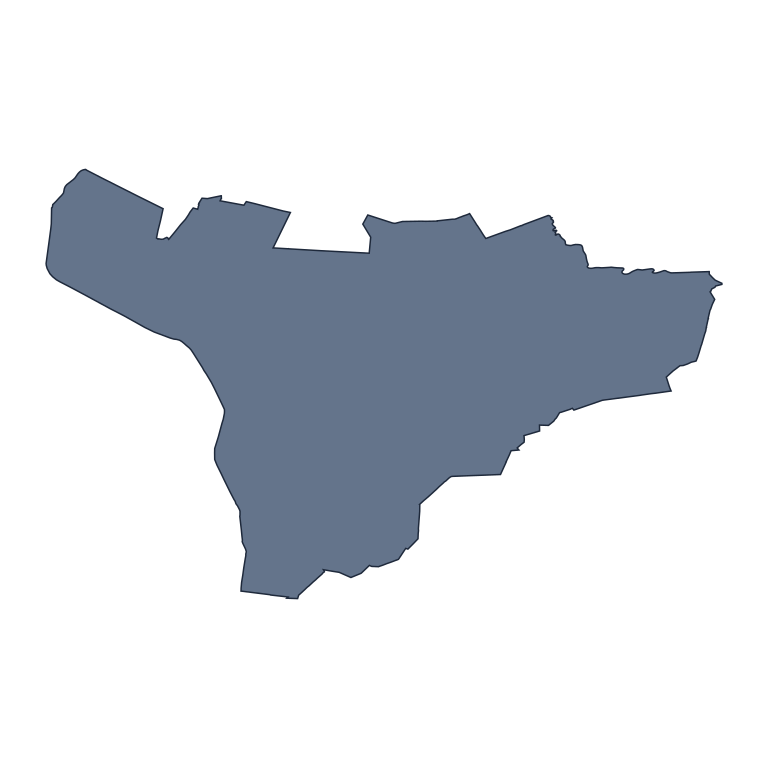 Gaigalavas pag., Rezeknes, Latvia (Robinson projection)
{"feature_id": "27541924B98236726322583", "entity_name": "Gaigalavas pag.", "entity_type": "district", "adm_level": 2, "iso_a3": "LVA", "parent_name": "Latvia", "parent_adm1": "Rezeknes", "projection": "robinson", "projection_center": [27.105, 56.746], "detail": "fine", "context": "isolated", "style": "filled", "palette": "slate", "viewbox_px": 768, "rotation_deg": 0, "n_neighbors": 0, "source": "geoboundaries", "source_scale": "gbopen_adm2", "svg_char_len": 5952}
<svg xmlns="http://www.w3.org/2000/svg" viewBox="0 0 768 768"><path d="M241.6,582.4L241.1,588.2L241.1,589.3L241.0,591.1L270.0,594.7L270.5,595.0L288.0,597.0L286.8,598.2L297.6,598.6L298.7,595.1L299.8,594.2L304.9,589.5L306.6,587.8L308.1,586.5L308.5,586.3L309.7,585.2L313.1,582.0L315.8,579.7L316.9,578.6L318.0,577.6L322.1,574.0L322.7,573.1L324.4,571.8L324.4,571.5L324.2,571.1L324.2,570.9L323.7,570.2L323.4,569.7L332.6,571.3L339.1,572.3L350.9,577.5L361.1,573.3L362.3,572.2L369.4,565.4L371.6,566.4L378.5,566.7L379.5,566.3L383.0,565.1L386.8,563.6L390.6,562.3L398.5,559.3L405.7,548.4L407.9,549.1L413.1,543.9L418.0,538.8L418.2,533.5L418.5,530.8L418.4,528.5L419.7,511.4L419.8,504.5L419.6,504.4L424.4,500.0L425.3,499.3L429.9,495.3L437.0,488.8L439.0,486.8L443.6,482.7L444.3,481.9L445.8,481.0L448.9,478.1L450.5,476.9L451.2,476.6L451.9,476.4L454.1,476.3L469.1,475.7L485.6,475.1L500.5,474.5L506.2,462.0L506.0,461.9L506.2,461.6L509.2,455.2L511.1,450.7L518.9,450.0L517.3,448.1L517.2,447.9L517.4,447.7L521.0,444.6L524.1,442.2L524.3,439.5L524.0,435.6L539.6,431.0L539.5,425.1L548.5,425.4L553.8,421.1L554.9,419.4L556.4,417.9L559.6,412.6L561.3,412.2L570.1,409.3L572.3,408.3L573.9,410.1L602.3,400.3L604.2,400.0L639.5,395.4L641.9,395.0L651.0,393.7L655.5,393.2L671.1,391.0L670.0,388.4L669.0,385.6L666.3,377.1L672.9,371.1L680.1,365.6L680.6,365.7L683.2,365.5L687.5,364.0L689.0,363.3L691.3,362.2L693.4,361.7L694.8,361.4L696.2,360.9L696.5,359.9L697.6,357.2L698.5,354.4L698.9,353.2L700.9,346.5L701.0,346.0L701.6,344.6L704.7,333.9L705.7,331.1L706.3,327.4L706.5,327.3L706.4,326.9L708.1,319.1L708.4,318.8L708.1,318.5L710.0,310.3L710.4,309.6L710.7,309.0L712.3,304.4L714.7,299.4L710.1,291.9L710.7,291.6L710.9,290.6L711.2,290.3L711.8,288.9L714.9,287.3L715.7,286.0L721.9,284.4L721.9,283.3L716.1,280.6L715.0,280.0L712.3,277.4L709.3,274.2L709.2,271.6L690.9,272.2L690.3,272.3L671.7,272.9L670.9,272.8L670.3,272.7L667.2,271.6L666.0,270.9L665.3,270.7L664.2,270.6L663.7,270.7L660.0,272.0L657.5,272.7L656.1,273.0L654.8,273.1L654.0,273.0L652.9,272.7L652.4,272.4L652.4,272.1L652.6,271.8L653.8,270.9L654.1,270.3L654.0,270.0L653.5,269.4L652.9,269.0L652.0,268.8L651.5,268.8L650.2,268.9L642.2,270.0L638.1,269.5L637.4,269.5L635.5,270.2L633.0,271.2L631.7,271.9L629.9,273.0L629.1,273.5L627.1,274.1L625.2,274.2L624.3,274.1L623.3,273.7L622.7,273.4L622.2,272.9L622.0,272.5L622.0,271.9L622.1,271.4L622.3,271.0L623.5,269.9L623.7,269.6L623.7,269.1L623.7,268.6L623.4,268.3L622.6,268.0L617.2,267.8L613.8,267.5L611.3,267.2L609.1,267.4L602.4,267.8L601.2,267.8L598.7,267.6L596.6,267.6L595.2,267.7L592.5,268.2L591.8,268.3L590.1,268.3L588.6,268.0L587.7,267.5L587.4,267.1L587.3,266.7L587.4,266.3L588.1,265.1L588.2,264.9L588.1,264.7L588.0,263.9L587.4,262.5L587.0,261.2L586.5,259.1L585.8,255.2L585.5,254.6L585.1,253.9L583.2,250.9L582.9,249.3L582.5,247.2L582.0,246.1L581.7,245.6L581.3,245.3L580.7,245.0L579.4,244.7L578.6,244.6L575.6,244.5L573.3,244.9L571.2,245.5L569.9,245.5L567.7,245.2L565.8,244.7L565.3,243.1L565.3,242.0L565.1,241.4L564.8,240.7L564.3,240.1L561.6,237.8L560.7,236.6L560.3,236.4L560.2,235.6L559.7,234.8L559.1,234.4L558.6,234.1L557.7,234.1L557.0,234.4L556.1,235.0L555.6,235.1L555.4,235.0L555.4,234.8L555.4,234.2L555.7,233.6L555.7,233.3L555.7,232.9L555.1,232.4L555.1,232.1L556.7,230.8L556.4,230.4L556.1,230.2L555.3,230.4L554.7,230.4L554.1,230.7L553.7,230.8L553.2,230.7L553.0,230.2L553.2,229.4L554.1,228.7L554.8,228.4L555.4,228.0L555.4,227.5L553.9,226.1L552.8,225.1L552.4,224.3L552.4,223.8L552.3,223.7L552.5,223.3L553.0,222.8L553.5,222.2L553.5,221.8L553.2,221.5L553.0,220.9L553.2,220.6L552.7,220.0L551.3,219.3L551.0,219.0L551.1,218.7L551.4,218.3L552.0,217.8L551.7,217.6L550.8,217.6L550.6,217.4L550.3,216.3L549.0,215.6L548.1,215.5L523.7,224.6L522.0,225.4L521.8,225.7L521.2,225.6L520.8,225.7L510.4,229.8L505.3,231.4L485.8,238.5L483.3,234.9L481.1,231.4L480.9,231.0L477.2,225.4L476.9,225.2L475.4,222.7L469.6,213.6L467.1,214.7L463.2,216.0L461.0,216.9L459.5,217.4L456.4,218.7L455.4,219.0L454.8,219.2L452.5,219.2L439.6,220.6L437.2,220.8L437.2,221.1L425.7,221.3L421.2,221.2L402.5,221.5L395.3,223.3L394.2,223.3L392.5,223.0L367.8,215.0L362.8,224.1L367.5,231.9L370.7,237.2L369.2,253.2L320.8,250.7L289.9,248.9L288.8,248.8L288.5,248.7L288.4,248.8L273.1,247.9L290.4,212.5L283.2,211.0L254.6,203.6L246.3,201.6L243.9,205.2L220.1,200.8L221.1,198.6L221.4,198.6L221.3,195.8L221.0,195.8L209.8,198.1L207.5,198.6L202.0,198.2L199.1,202.8L199.3,202.8L198.5,204.5L198.9,205.0L198.4,206.2L198.2,206.9L198.2,207.5L198.1,208.0L197.9,208.3L197.4,208.8L197.5,209.2L193.2,208.0L190.1,212.0L188.3,215.1L185.4,219.4L180.7,224.6L175.4,231.3L168.7,239.4L168.1,238.7L168.1,238.2L167.1,237.5L166.8,237.4L166.4,237.5L165.7,238.0L165.1,238.1L164.3,238.6L163.1,239.2L162.2,239.2L161.3,239.3L158.6,238.8L158.3,239.0L158.1,239.1L156.5,238.1L157.9,230.9L160.4,221.0L163.1,208.7L138.7,196.6L102.2,178.2L86.1,169.9L86.0,169.6L85.4,169.4L83.1,169.9L81.2,170.7L79.5,172.0L78.1,173.5L77.5,174.3L75.1,177.8L73.4,179.5L66.8,184.6L65.4,186.3L64.9,187.2L64.3,188.8L64.0,190.5L63.5,192.9L62.9,193.8L61.5,195.5L59.5,197.5L56.0,201.4L53.5,203.9L52.8,204.5L52.3,207.4L51.6,207.9L51.3,223.9L50.8,228.6L49.2,240.7L46.1,263.4L46.3,265.4L47.2,268.6L49.9,273.7L52.6,276.7L56.4,279.8L59.7,281.7L69.8,286.9L82.2,293.5L110.2,308.7L124.0,315.8L144.9,327.5L154.1,332.0L170.1,338.0L173.9,339.1L176.6,339.4L179.6,340.2L181.9,341.6L184.2,343.5L186.4,345.5L189.4,348.0L191.1,349.9L193.3,353.2L202.4,367.6L204.0,370.6L206.4,374.1L211.4,382.5L214.4,388.4L218.7,397.3L222.9,406.1L224.4,409.3L224.5,411.1L224.4,413.4L223.2,419.4L221.9,423.6L218.3,437.0L214.7,448.5L214.6,452.9L214.7,459.5L217.0,465.2L221.4,474.1L223.9,479.4L230.0,491.8L233.9,499.3L235.3,501.6L235.6,502.8L236.1,504.0L237.5,505.8L239.5,509.7L240.0,511.2L240.0,515.0L239.8,516.3L241.3,529.5L242.0,536.6L242.3,539.1L242.4,540.3L242.2,541.7L242.9,543.5L245.5,549.0L246.1,550.9L246.3,551.8L245.8,554.0L245.8,555.8L245.3,558.4L243.7,568.3L242.8,575.0L241.6,582.4Z" fill="#64748b" stroke="#1e293b" stroke-width="1.5"/></svg>